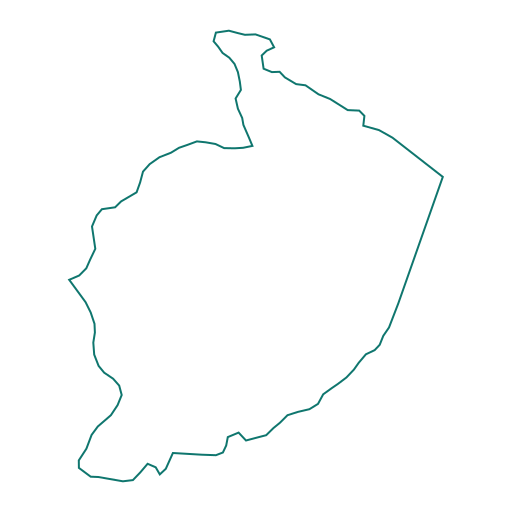 outline of Prata, Paraíba, Brazil
{"feature_id": "56859067B2509544079783", "entity_name": "Prata", "entity_type": "district", "adm_level": 2, "iso_a3": "BRA", "parent_name": "Brazil", "parent_adm1": "Paraíba", "projection": "orthographic", "projection_center": [-37.099, -7.688], "detail": "fine", "context": "isolated", "style": "outline", "palette": "teal", "viewbox_px": 512, "rotation_deg": 0, "n_neighbors": 0, "source": "geoboundaries", "source_scale": "gbopen_adm2", "svg_char_len": 1519}
<svg xmlns="http://www.w3.org/2000/svg" viewBox="0 0 512 512"><path d="M215.9,32.6L213.6,41.3L218.1,46.6L222.6,53.0L229.3,57.7L234.5,63.9L237.9,72.1L239.8,81.5L240.9,89.9L235.6,98.5L237.9,108.7L242.2,118.0L243.4,124.9L249.1,138.0L252.4,145.9L243.1,147.8L234.5,148.3L224.1,148.1L215.5,144.0L205.7,142.3L196.9,141.4L187.4,144.9L179.0,147.8L171.0,152.7L159.5,157.2L149.7,164.1L143.0,171.6L140.1,182.5L136.6,192.3L128.8,196.9L121.1,201.4L115.1,207.3L101.9,209.2L96.7,215.4L92.0,226.5L95.3,248.8L90.1,259.7L86.3,268.3L79.2,275.5L69.2,279.8L85.6,302.2L90.7,312.5L94.5,323.8L94.9,332.5L93.3,342.6L94.2,354.6L98.6,365.9L104.2,372.7L113.1,378.7L119.2,385.6L121.7,395.0L117.6,405.1L110.9,415.2L97.8,426.5L91.6,434.9L86.4,448.7L78.8,460.4L78.9,467.9L90.7,476.7L98.3,477.0L122.9,481.3L132.9,480.1L140.2,472.5L147.6,463.8L155.7,467.3L159.8,474.4L165.8,468.8L172.9,453.0L201.7,454.7L215.9,455.2L222.9,452.5L226.2,445.5L227.8,437.1L238.6,432.6L246.0,440.5L258.8,437.1L266.2,435.2L273.4,428.1L280.0,422.7L287.5,415.2L297.9,411.9L309.4,409.2L318.0,403.9L323.2,394.3L331.8,388.1L337.8,384.0L346.4,377.5L353.9,369.6L358.7,362.8L365.9,354.3L374.7,350.1L379.7,344.8L383.3,335.8L389.0,327.5L398.3,303.4L442.8,176.9L392.5,137.7L379.0,130.1L363.3,125.7L364.4,115.9L359.2,110.6L347.7,110.1L337.1,103.4L330.1,99.0L318.5,94.3L305.5,85.3L296.1,84.1L284.9,77.4L279.6,71.8L271.9,72.1L263.6,68.7L261.7,55.5L266.7,50.7L274.1,47.3L269.9,39.4L255.5,34.4L244.9,34.8L237.9,33.1L228.9,30.7L215.9,32.6Z" fill="none" stroke="#0f766e" stroke-width="2"/></svg>